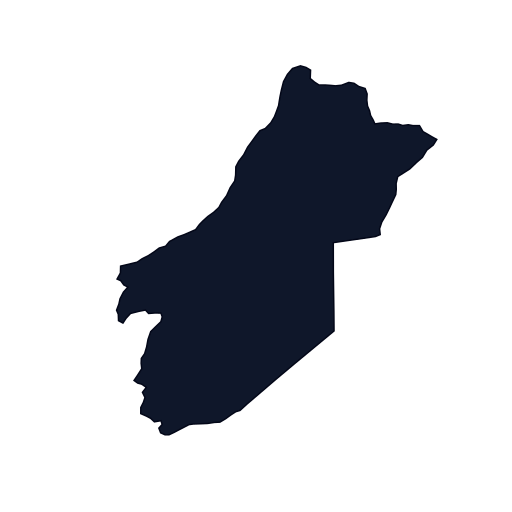 outline of Sapé, Paraíba, Brazil, rotated 34°
{"feature_id": "56859067B23946406299674", "entity_name": "Sapé", "entity_type": "district", "adm_level": 2, "iso_a3": "BRA", "parent_name": "Brazil", "parent_adm1": "Paraíba", "projection": "equal_earth", "projection_center": [-35.211, -7.059], "detail": "fine", "context": "isolated", "style": "filled", "palette": "ink", "viewbox_px": 512, "rotation_deg": 34, "n_neighbors": 0, "source": "geoboundaries", "source_scale": "gbopen_adm2", "svg_char_len": 2048}
<svg xmlns="http://www.w3.org/2000/svg" viewBox="0 0 512 512"><g transform="rotate(34 256 256)"><path d="M290.4,72.1L285.0,76.1L280.7,80.0L277.2,77.8L272.4,75.4L268.9,72.1L264.6,69.3L260.8,64.9L257.5,59.5L252.8,56.1L246.4,58.0L240.7,58.0L235.9,60.2L231.4,66.6L226.7,70.5L222.3,72.9L218.0,75.4L212.7,79.0L207.2,79.1L201.7,78.5L197.3,71.4L192.0,71.7L186.5,73.5L181.4,80.1L180.5,87.8L181.3,96.0L184.2,104.1L186.7,110.2L188.7,114.6L190.6,118.6L192.2,125.0L193.4,130.2L193.8,137.3L192.4,145.1L189.2,149.9L188.7,156.8L188.5,163.8L188.2,170.4L189.2,178.9L188.7,187.1L189.4,193.3L193.9,200.4L196.4,205.7L196.4,213.7L197.9,222.4L197.5,230.7L198.1,236.5L196.5,243.4L194.0,250.1L192.4,256.5L191.5,261.4L191.2,267.9L184.5,278.5L180.6,283.8L176.2,292.3L175.6,298.4L171.3,303.5L169.0,310.1L166.4,316.2L163.2,321.8L160.9,327.6L149.4,340.1L153.1,345.9L153.7,352.8L157.7,352.1L162.6,353.9L167.2,353.4L166.3,360.1L167.2,367.5L169.2,372.5L170.7,378.9L174.4,381.3L178.2,386.5L183.2,386.0L183.1,380.4L184.1,373.8L189.8,367.4L194.6,362.6L199.1,363.7L204.4,359.5L209.1,356.5L212.3,358.9L213.9,363.7L212.4,370.6L211.0,377.5L213.1,385.5L216.2,392.6L218.3,399.3L218.2,405.0L220.8,409.2L224.3,413.3L224.5,421.1L224.5,427.4L229.1,427.5L232.8,426.2L238.5,426.2L238.1,432.5L243.1,435.4L244.5,440.4L245.2,446.0L248.6,451.1L254.7,450.0L259.5,449.5L264.5,450.3L269.3,445.7L272.4,448.1L271.7,453.0L275.8,455.9L280.6,455.1L283.9,452.8L286.8,447.9L289.2,443.4L291.4,439.4L294.7,433.3L297.9,430.4L301.6,427.7L304.9,425.3L309.5,421.9L314.6,417.2L319.0,413.9L321.8,407.9L324.1,401.6L326.3,396.4L329.1,393.0L331.2,384.2L341.7,346.2L348.1,323.9L362.6,274.5L351.9,258.9L336.0,236.0L329.2,226.2L312.6,201.7L344.1,173.1L347.0,168.8L343.2,164.3L341.3,157.5L340.8,149.0L339.7,141.0L338.8,135.4L337.5,126.9L335.0,122.3L331.6,117.5L329.1,110.9L332.0,104.3L334.8,97.8L336.8,88.6L338.8,81.2L338.4,72.7L340.9,64.9L340.7,58.3L335.1,58.8L329.8,59.1L324.9,59.5L318.6,56.5L313.1,60.2L308.9,62.0L304.6,65.8L300.1,67.1L295.7,70.2L290.4,72.1Z" fill="#0f172a" stroke="#020617" stroke-width="1.5"/></g></svg>